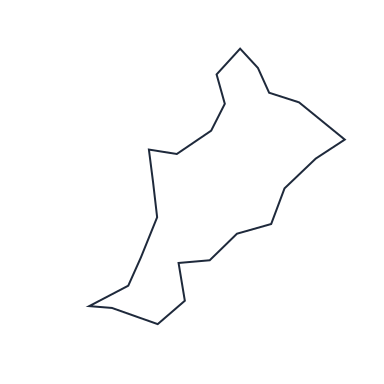 the district of Agios Georgios Soleas, Cyprus, rotated 231°
{"feature_id": "46923920B58040369726665", "entity_name": "Agios Georgios Soleas", "entity_type": "district", "adm_level": 2, "iso_a3": "CYP", "parent_name": "Cyprus", "parent_adm1": "", "projection": "robinson", "projection_center": [32.886, 35.117], "detail": "fine", "context": "isolated", "style": "outline", "palette": "slate", "viewbox_px": 384, "rotation_deg": 231, "n_neighbors": 0, "source": "geoboundaries", "source_scale": "gbopen_adm2", "svg_char_len": 472}
<svg xmlns="http://www.w3.org/2000/svg" viewBox="0 0 384 384"><g transform="rotate(231 192 192)"><path d="M110.9,82.2L112.0,118.0L145.3,136.9L127.8,162.8L131.3,200.7L117.3,233.4L136.6,266.2L140.1,309.2L136.6,343.7L194.3,331.6L220.6,314.4L246.9,321.3L273.1,319.6L267.9,285.1L239.9,273.0L227.6,245.5L231.1,204.1L252.1,185.2L224.1,167.9L194.3,149.0L173.3,111.1L159.3,83.5L168.0,40.3L152.3,56.8L128.8,71.2L110.9,82.2Z" fill="none" stroke="#1e293b" stroke-width="2"/></g></svg>